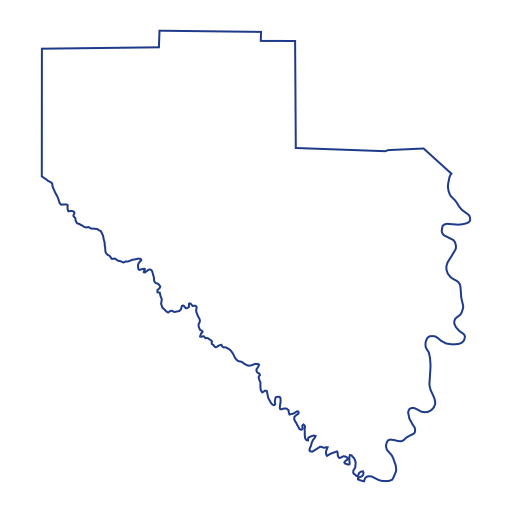 Laishi, Formosa, Argentina (Robinson projection)
{"feature_id": "61730980B73783012017414", "entity_name": "Laishi", "entity_type": "district", "adm_level": 2, "iso_a3": "ARG", "parent_name": "Argentina", "parent_adm1": "Formosa", "projection": "robinson", "projection_center": [-58.523, -26.515], "detail": "fine", "context": "isolated", "style": "outline", "palette": "blue", "viewbox_px": 512, "rotation_deg": 0, "n_neighbors": 0, "source": "geoboundaries", "source_scale": "gbopen_adm2", "svg_char_len": 6078}
<svg xmlns="http://www.w3.org/2000/svg" viewBox="0 0 512 512"><path d="M361.5,480.7L364.1,481.3L364.3,480.4L364.8,478.9L365.6,477.6L366.8,476.8L368.0,476.3L371.5,476.4L378.2,479.8L381.1,480.8L384.9,481.1L387.8,481.0L389.8,480.7L392.2,479.7L393.5,477.4L395.9,471.7L396.2,469.0L395.6,465.0L394.9,463.2L393.3,458.5L391.8,455.4L387.6,450.6L386.9,449.7L386.0,446.6L386.1,445.2L386.4,443.6L387.1,441.8L387.9,440.5L389.1,439.9L390.7,439.6L394.3,440.1L397.8,441.0L400.6,441.3L402.0,441.0L403.6,440.2L406.3,437.6L408.9,436.1L413.7,433.7L414.5,432.9L414.9,431.9L415.1,430.9L415.1,429.7L414.9,428.4L414.6,427.5L412.5,424.3L409.4,418.7L408.1,412.4L408.7,410.4L409.4,409.1L410.7,408.3L412.7,407.9L414.3,408.1L416.6,409.1L421.6,411.8L424.9,412.2L427.6,412.0L430.6,410.6L432.6,408.9L433.9,407.2L435.0,404.5L435.3,402.6L435.0,400.9L434.6,399.1L433.5,396.2L430.6,390.0L429.8,387.0L429.4,384.4L430.4,368.8L430.5,364.8L430.0,357.9L428.8,352.4L426.7,349.1L425.7,347.2L425.5,345.1L425.6,342.3L426.1,340.6L427.3,338.1L428.6,336.9L430.0,336.2L433.0,336.1L435.2,336.4L437.9,338.1L441.2,340.9L446.1,343.5L451.7,344.3L454.7,344.3L458.8,343.9L461.2,343.0L463.3,341.4L464.0,340.2L464.5,338.9L464.9,336.9L464.8,336.0L464.3,334.8L463.3,333.7L461.7,332.7L459.5,331.1L456.0,327.3L454.3,323.7L454.3,321.1L455.1,319.0L456.6,317.5L460.4,314.6L461.7,312.4L463.0,308.3L463.2,307.0L463.1,305.5L461.3,298.0L460.5,287.2L460.0,284.8L459.4,283.5L458.4,282.3L456.8,280.9L453.2,279.0L450.6,277.2L447.7,273.5L446.4,269.4L446.4,266.4L447.0,264.1L447.8,262.0L451.6,256.0L455.3,249.8L455.9,248.2L455.9,245.7L455.5,243.8L454.8,241.9L453.3,240.0L443.6,235.1L442.4,233.3L441.8,231.8L441.8,230.0L442.2,227.6L442.8,225.7L444.5,224.4L447.1,223.8L458.3,224.7L462.7,224.2L466.1,223.4L468.5,222.4L469.9,220.8L470.2,219.8L470.0,218.1L469.7,216.6L469.3,215.7L468.6,214.8L461.8,209.8L459.1,206.5L456.7,202.6L454.9,200.2L451.3,196.7L450.0,194.9L448.8,191.8L448.2,189.2L447.9,186.3L448.2,183.4L449.5,177.1L450.7,174.5L451.4,173.7L423.6,148.5L388.3,150.1L385.2,151.2L295.8,148.0L295.1,41.0L260.8,40.9L261.0,31.9L159.5,30.7L158.9,47.3L41.9,48.7L41.8,176.4L46.8,179.8L48.0,180.9L50.3,181.9L51.8,183.1L52.2,183.6L52.3,184.0L52.4,185.8L52.7,186.7L53.5,188.8L55.1,192.4L57.4,196.6L58.1,198.4L59.6,203.0L61.0,204.6L66.3,204.4L67.7,205.2L67.5,208.0L67.9,210.5L68.5,211.3L71.0,210.9L72.0,211.0L73.5,211.5L74.2,212.1L74.4,213.2L73.4,215.6L73.7,216.5L75.3,218.1L75.7,220.8L76.9,223.1L78.1,223.7L79.6,224.0L80.5,224.9L81.5,225.1L83.5,226.5L85.1,227.2L86.6,227.5L88.4,227.0L91.0,228.5L95.2,228.8L97.5,229.1L98.6,230.1L100.7,231.0L101.7,232.8L103.2,236.1L103.5,238.4L104.7,243.0L104.7,245.3L105.1,247.1L105.3,250.2L105.6,252.3L106.5,253.7L107.6,254.8L109.4,255.7L110.8,257.4L111.6,258.8L113.0,258.9L114.6,258.5L115.5,258.9L116.8,260.0L118.0,260.7L120.1,261.1L123.6,262.5L125.8,261.4L127.0,261.6L128.3,261.4L132.5,259.8L136.3,259.1L137.8,258.7L139.4,258.7L140.4,258.9L141.0,259.3L141.2,259.8L141.1,260.6L140.2,261.1L139.4,262.3L138.6,263.3L138.2,264.4L138.0,266.1L138.3,268.8L138.9,269.7L139.7,269.9L141.7,269.2L144.3,268.8L144.9,269.1L144.8,269.6L143.7,272.0L144.3,272.5L144.9,272.4L146.9,271.0L148.9,269.5L150.1,269.5L151.2,270.0L152.1,271.1L153.9,277.5L154.1,280.8L155.0,282.4L155.9,283.1L157.2,283.4L158.7,284.3L160.3,286.6L159.6,288.1L157.4,290.1L157.5,292.3L159.8,292.7L160.4,295.6L161.8,299.4L161.1,303.8L162.4,307.7L164.5,309.5L166.2,311.4L168.1,312.5L170.0,311.2L171.2,310.7L172.5,311.0L173.6,311.7L174.6,312.0L179.3,311.0L180.7,309.7L181.4,307.8L181.8,306.0L183.0,305.5L183.9,305.9L185.5,308.0L186.3,308.3L187.3,308.0L188.9,307.0L189.0,303.8L189.6,303.4L190.6,303.6L192.6,306.0L195.0,305.7L195.9,306.0L196.7,307.5L196.1,310.6L196.3,311.9L197.8,315.9L199.5,318.9L199.9,320.7L199.6,322.3L198.7,324.0L198.6,324.9L198.6,326.2L199.1,327.8L200.0,329.8L201.7,330.7L202.6,331.4L202.3,332.3L201.4,333.1L200.8,334.2L200.1,336.5L201.6,336.8L202.7,336.3L203.9,336.3L205.4,338.2L207.1,338.0L208.0,338.3L211.2,340.5L212.0,341.5L211.6,342.8L211.8,343.9L212.7,344.6L213.3,344.9L213.8,345.4L214.1,346.0L214.7,346.8L215.4,347.2L216.9,346.8L219.2,345.4L221.4,344.8L222.1,346.3L223.4,347.4L225.6,347.3L228.9,349.0L230.4,350.2L231.9,352.1L233.0,353.7L234.9,357.6L236.3,359.5L238.2,361.1L240.8,361.6L242.5,362.4L244.3,363.8L247.4,365.4L249.3,365.7L251.1,365.4L252.7,364.9L255.0,363.9L258.1,364.0L259.1,364.9L258.2,366.8L256.4,369.6L256.5,370.7L256.8,371.7L257.6,372.7L259.3,373.6L260.0,375.0L258.8,376.5L258.7,377.8L259.6,380.7L260.4,382.2L260.4,387.0L260.8,390.2L262.2,392.4L263.6,391.7L265.1,390.6L266.8,391.0L268.2,397.9L271.3,403.5L272.6,404.6L273.6,405.2L274.6,404.9L275.2,404.1L274.8,401.1L275.6,397.5L276.6,396.9L279.6,396.8L280.5,398.2L280.6,401.7L279.9,406.0L279.8,408.0L280.3,409.2L281.7,409.2L283.6,408.6L284.8,408.5L286.6,408.6L288.6,410.3L288.7,411.9L289.3,414.0L289.5,414.5L293.4,413.6L297.1,411.3L298.2,411.5L298.7,412.7L298.4,413.7L296.3,415.1L294.5,416.7L294.1,418.8L295.0,421.1L296.3,423.0L297.2,425.0L298.0,426.2L299.4,429.0L301.1,429.8L302.2,429.3L302.6,427.7L302.2,426.3L302.5,425.4L303.5,424.5L304.9,425.9L305.0,427.4L304.6,428.6L304.8,432.3L304.7,435.3L305.1,436.8L305.0,437.7L305.8,439.5L307.1,440.4L308.0,440.4L308.0,439.4L308.2,438.0L308.9,437.3L312.2,435.9L313.8,435.6L315.5,435.9L314.9,437.7L313.2,439.7L311.7,442.7L311.1,445.5L309.9,447.9L309.4,450.2L310.0,451.2L312.3,451.7L320.2,446.7L322.7,447.3L323.9,447.8L326.4,447.2L327.6,447.3L326.8,449.1L325.9,451.8L326.2,454.4L327.0,455.9L330.4,453.8L337.0,451.4L337.6,452.4L337.7,454.5L338.0,456.2L338.9,457.7L339.9,458.0L341.8,457.1L343.4,456.2L345.4,456.5L347.0,457.4L347.6,458.7L347.1,459.8L345.7,460.7L344.7,461.9L344.3,462.6L345.0,463.5L348.2,464.6L349.4,464.4L349.7,462.8L349.3,460.7L349.4,456.6L350.0,455.0L351.6,455.4L352.7,456.9L354.2,458.3L354.9,460.1L355.7,462.5L355.2,467.6L353.4,470.4L353.2,472.5L353.8,473.9L355.2,474.6L356.1,475.8L357.4,476.1L358.2,475.4L359.0,473.1L359.8,472.4L361.1,471.6L362.9,471.3L363.4,472.4L363.4,473.6L363.0,475.1L362.4,475.9L361.2,476.6L359.0,477.4L357.9,478.2L358.0,479.4L359.7,480.1L361.5,480.7Z" fill="none" stroke="#1e3a8a" stroke-width="2"/></svg>